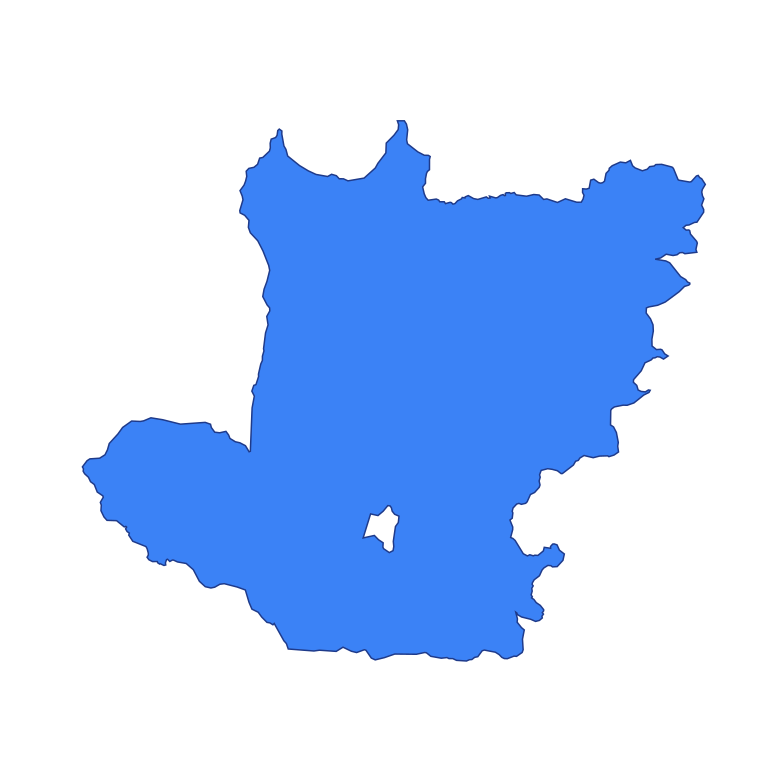 Mutshatsha, Katanga, Democratic Republic of the Congo, rotated 104°
{"feature_id": "63176286B57018267641486", "entity_name": "Mutshatsha", "entity_type": "district", "adm_level": 2, "iso_a3": "COD", "parent_name": "Democratic Republic of the Congo", "parent_adm1": "Katanga", "projection": "albers", "projection_center": [25.024, -10.86], "detail": "fine", "context": "isolated", "style": "filled", "palette": "blue", "viewbox_px": 768, "rotation_deg": 104, "n_neighbors": 0, "source": "geoboundaries", "source_scale": "gbopen_adm2", "svg_char_len": 6172}
<svg xmlns="http://www.w3.org/2000/svg" viewBox="0 0 768 768"><g transform="rotate(104 384 384)"><path d="M125.4,434.7L128.9,432.5L133.7,431.8L140.2,434.5L149.7,440.1L159.3,438.1L171.3,443.3L176.5,444.7L189.0,453.1L195.6,468.1L194.7,473.0L195.7,477.1L193.4,480.6L193.2,485.6L196.3,488.9L197.1,500.6L195.5,509.0L192.5,518.8L186.1,532.6L180.1,535.9L177.2,538.7L166.3,543.6L163.2,544.3L162.0,547.3L163.8,548.4L168.6,547.9L171.1,548.8L173.7,552.7L177.9,552.7L182.5,551.4L185.8,551.5L193.5,556.4L194.9,559.3L201.4,559.8L205.2,562.6L207.5,567.3L210.9,569.2L215.8,567.4L220.9,567.4L224.9,567.9L231.2,570.5L236.0,567.0L239.4,565.4L250.6,565.9L252.8,565.0L254.0,560.0L257.9,554.6L264.8,553.5L269.6,550.3L275.6,541.1L284.2,533.6L296.8,524.6L301.4,522.4L312.7,522.4L321.0,523.3L328.5,522.8L335.6,516.5L337.8,513.4L340.7,512.5L346.8,514.1L354.7,510.8L363.1,511.3L379.0,509.4L380.9,508.5L386.4,508.7L390.6,507.7L394.4,508.4L404.8,508.2L407.1,507.5L415.6,508.1L416.8,510.0L422.9,510.5L427.1,506.9L439.1,506.2L481.6,497.4L482.4,498.5L477.4,503.5L475.9,509.6L476.0,514.3L474.1,520.3L471.1,522.4L468.2,525.9L471.1,531.7L471.7,536.6L468.0,541.0L465.0,542.6L464.5,548.2L472.2,571.8L472.2,590.1L473.2,602.0L477.9,608.3L479.3,611.4L481.0,619.9L489.4,627.1L496.9,630.1L508.2,636.2L514.8,636.4L520.2,637.6L524.8,642.0L527.8,651.3L530.3,653.6L537.4,656.6L539.0,655.1L541.4,654.8L543.5,652.8L546.0,648.2L549.8,645.1L551.6,640.8L558.2,636.1L560.5,629.8L561.8,629.0L567.5,630.6L569.9,629.0L575.4,628.0L580.8,623.5L583.3,619.8L581.3,610.4L585.5,601.5L584.6,600.0L585.1,599.1L587.1,599.7L589.3,597.6L590.3,595.0L592.4,595.1L597.4,589.7L599.3,575.7L601.1,574.0L605.1,571.8L607.1,571.3L609.4,572.0L611.4,569.6L612.3,565.7L611.1,561.0L612.2,560.4L613.0,558.2L612.5,557.8L613.3,553.6L612.4,552.0L610.4,552.8L607.0,552.5L606.4,551.6L608.0,548.9L606.0,546.7L605.8,545.6L606.6,541.4L606.0,532.5L610.3,524.1L620.1,515.4L623.9,508.4L623.8,502.6L622.1,499.1L618.0,494.8L616.4,490.7L616.5,477.4L617.4,468.7L628.4,462.2L634.4,457.7L635.9,450.8L639.7,446.3L643.6,439.9L643.4,437.0L644.5,433.5L642.9,432.6L657.4,419.0L659.5,415.9L664.3,412.8L660.0,387.4L657.9,382.2L655.0,365.7L649.3,360.1L651.2,351.0L651.2,345.6L646.6,338.8L646.7,337.1L653.0,330.0L653.8,325.8L649.4,317.4L643.4,308.2L638.4,287.2L634.7,279.6L634.5,277.9L636.9,272.7L636.2,262.1L634.2,256.7L634.7,254.6L633.8,250.8L634.6,246.8L632.8,236.9L630.9,234.5L630.1,232.1L627.3,229.9L625.9,227.0L619.1,224.2L617.9,222.3L617.3,211.1L618.7,206.8L620.7,203.6L621.3,200.9L620.7,197.9L616.6,192.0L616.2,189.5L611.1,185.0L608.2,184.7L598.1,187.9L588.7,188.4L587.1,191.7L582.9,197.2L579.6,197.7L573.5,201.0L574.1,199.6L575.4,198.9L576.8,194.2L576.8,184.8L577.7,179.5L575.8,176.0L572.7,173.8L571.1,174.6L568.7,173.6L567.6,175.1L565.5,174.2L564.3,174.5L561.0,178.8L559.3,183.4L556.8,186.4L555.8,189.1L554.6,188.6L553.0,190.2L549.1,190.1L546.5,191.2L543.8,190.4L542.6,191.8L541.0,191.9L537.6,190.9L532.5,186.8L526.2,185.6L523.7,184.3L520.4,181.1L519.9,178.1L520.7,176.3L519.3,171.8L511.8,167.7L505.3,167.9L502.8,173.6L498.2,177.2L498.0,180.2L498.5,181.6L501.3,183.1L503.1,182.6L503.7,189.0L507.4,189.0L513.1,193.2L513.6,196.2L514.6,197.6L514.4,201.2L516.1,203.3L515.0,207.8L504.1,218.9L502.7,221.5L502.3,224.0L494.2,223.9L491.6,224.5L485.5,228.9L483.2,227.1L477.9,227.8L476.5,228.8L473.1,228.8L468.4,226.2L467.2,224.2L467.5,221.6L465.5,217.7L463.7,216.6L455.8,215.2L452.8,211.6L446.7,208.4L444.2,208.2L440.6,210.0L436.6,209.9L434.5,211.1L429.8,210.6L426.6,204.7L426.1,200.2L426.2,194.8L428.1,190.4L427.7,189.2L416.8,180.6L412.6,179.4L411.1,177.0L408.4,176.0L405.0,172.6L404.9,163.2L401.8,157.4L399.6,149.6L400.1,148.2L397.3,143.6L393.2,140.0L387.8,142.2L384.1,142.5L374.8,146.8L370.1,150.9L368.9,154.3L354.7,157.6L353.0,157.0L350.5,154.9L346.7,146.9L345.8,142.9L341.9,136.9L331.9,129.3L328.0,124.8L325.7,124.2L325.8,126.0L328.4,128.5L329.0,132.7L328.3,136.0L324.2,138.4L322.0,142.4L319.4,142.9L309.0,137.6L300.3,135.9L295.9,130.5L293.7,129.3L293.0,127.3L291.4,125.5L291.1,122.8L292.2,118.8L288.1,115.1L286.8,119.0L283.6,122.5L283.4,124.0L284.7,128.0L282.3,133.1L275.7,134.9L267.4,135.5L261.5,137.3L256.3,141.2L251.7,146.8L246.7,147.8L245.2,145.8L241.4,137.5L236.4,130.9L223.0,119.9L216.6,116.0L214.3,112.2L213.1,111.4L212.1,111.7L211.6,114.2L209.8,116.4L208.0,122.2L197.3,136.1L196.4,140.3L197.3,151.1L194.8,146.1L189.8,141.6L189.4,134.6L187.7,130.9L185.1,128.8L184.2,126.1L184.8,123.6L180.5,112.3L177.9,113.9L171.5,114.1L170.0,115.1L164.4,122.9L161.2,124.5L160.8,125.5L161.6,128.0L159.9,131.5L156.9,129.3L155.9,126.5L152.1,121.8L151.3,119.5L140.0,115.4L137.4,116.0L133.6,119.1L126.9,118.4L124.4,120.5L120.9,122.1L118.3,122.2L112.6,120.5L108.0,125.4L107.3,127.7L105.6,129.6L106.6,131.2L113.3,134.8L114.1,136.3L114.9,147.1L114.6,148.1L105.2,155.0L104.0,156.4L103.8,157.9L103.7,167.7L105.3,173.3L107.2,174.7L108.8,178.8L111.9,180.5L114.6,184.9L113.6,192.6L112.1,195.6L107.4,199.0L110.9,202.9L111.5,208.4L117.0,215.4L120.2,217.6L122.2,217.4L125.9,219.5L133.9,219.1L135.7,220.5L136.7,222.3L136.7,224.5L134.5,229.9L136.2,232.8L144.4,232.3L145.9,234.8L146.5,238.5L150.1,237.7L152.5,235.6L156.4,235.6L159.9,236.6L161.0,241.0L160.4,252.8L165.9,259.6L165.0,270.7L166.3,273.8L163.1,279.2L163.9,284.5L167.3,291.1L168.5,301.5L166.7,304.0L168.5,307.1L168.0,308.4L168.8,311.5L169.7,312.4L171.7,311.8L172.1,312.8L171.4,314.3L172.8,316.6L175.7,319.1L176.4,320.6L176.2,327.1L177.8,326.0L178.6,327.8L177.7,330.0L182.2,337.6L182.4,341.9L180.8,347.8L182.8,350.5L183.8,350.4L184.1,353.2L185.6,353.6L188.5,357.0L191.8,358.8L192.8,360.6L191.7,362.5L191.7,363.8L194.1,368.0L192.6,369.6L193.7,374.0L192.3,375.5L191.9,378.0L195.0,385.6L193.0,388.5L189.7,391.0L183.4,394.2L179.2,392.3L174.8,393.4L169.4,393.7L167.3,393.3L165.1,391.7L155.0,394.2L152.1,394.2L151.4,396.3L152.3,400.2L150.6,407.3L145.2,419.4L141.6,421.1L131.6,422.5L126.4,425.1L123.7,427.9L125.4,434.7ZM546.3,338.1L543.9,344.5L542.6,345.6L538.3,346.4L536.4,351.7L533.3,356.7L538.4,367.0L513.3,365.6L513.1,358.0L507.6,354.0L501.1,350.9L500.8,348.7L502.3,346.9L505.4,345.3L507.8,342.2L508.6,337.5L515.0,336.6L519.5,338.4L534.5,336.9L539.3,335.2L543.5,334.9L546.3,338.1Z" fill="#3b82f6" stroke="#1e3a8a" stroke-width="1.5"/></g></svg>